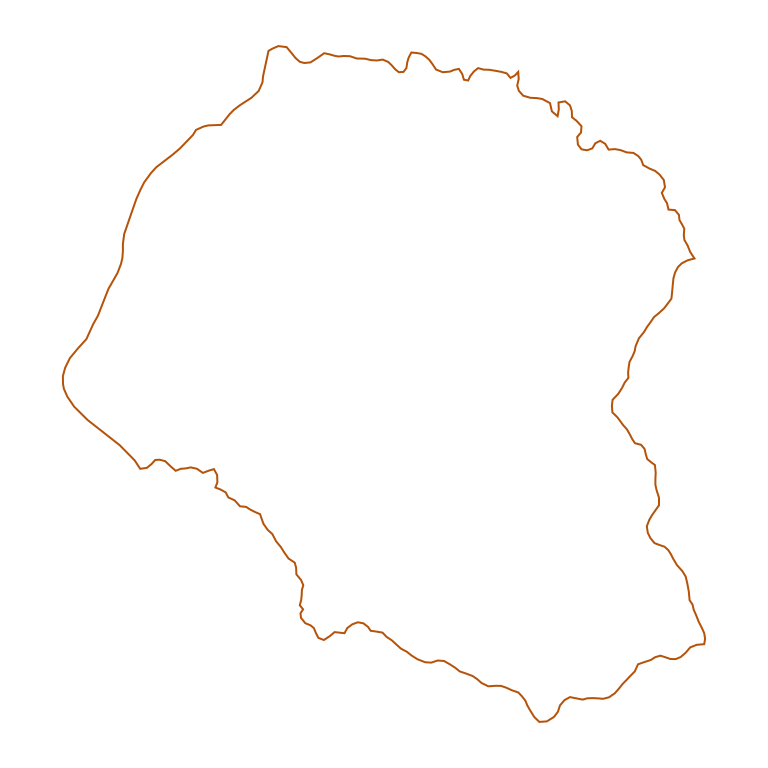 Limeira do Oeste, Minas Gerais, Brazil
{"feature_id": "56859067B41026277317184", "entity_name": "Limeira do Oeste", "entity_type": "district", "adm_level": 2, "iso_a3": "BRA", "parent_name": "Brazil", "parent_adm1": "Minas Gerais", "projection": "mercator", "projection_center": [-50.618, -19.42], "detail": "fine", "context": "isolated", "style": "outline", "palette": "amber", "viewbox_px": 768, "rotation_deg": 0, "n_neighbors": 0, "source": "geoboundaries", "source_scale": "gbopen_adm2", "svg_char_len": 4274}
<svg xmlns="http://www.w3.org/2000/svg" viewBox="0 0 768 768"><path d="M344.5,633.2L347.3,628.0L352.3,624.3L357.8,622.3L363.4,623.3L368.1,627.0L370.7,630.8L375.3,631.4L382.5,632.6L386.6,636.9L391.8,640.3L395.8,644.0L400.9,648.6L406.9,651.8L411.4,655.4L417.4,659.2L425.3,662.3L431.3,662.6L437.7,660.5L444.1,661.0L450.3,664.6L455.4,667.9L459.7,671.4L465.9,673.5L472.6,676.0L477.4,679.3L481.4,682.9L488.3,686.3L496.0,685.8L501.0,685.9L506.3,687.7L511.7,690.2L518.4,692.5L522.2,696.6L525.4,700.7L527.3,705.4L530.1,710.3L534.2,716.9L539.3,721.9L546.8,721.4L554.0,716.9L557.9,711.8L560.0,705.4L564.5,700.1L570.0,697.1L576.5,698.4L582.8,699.6L587.3,698.3L592.8,698.1L598.2,698.4L603.1,698.8L609.0,697.3L614.8,693.3L619.1,688.4L622.4,684.2L626.7,679.8L630.1,676.2L634.8,671.4L638.0,664.3L644.6,662.0L650.8,660.0L655.1,657.2L660.4,655.7L665.2,657.2L670.4,659.0L675.7,659.1L680.7,657.0L685.7,652.7L690.2,647.4L696.7,644.8L704.2,644.2L705.1,638.7L704.2,633.2L702.2,628.6L698.7,621.7L696.0,614.9L693.8,610.0L692.5,604.5L689.6,600.2L688.8,591.6L687.3,583.4L685.7,576.6L682.4,571.2L676.9,565.0L673.1,558.6L670.9,554.2L668.2,550.0L664.5,546.7L659.2,544.9L654.5,543.1L650.4,538.1L647.8,532.8L646.8,526.3L649.3,519.8L651.8,515.5L655.1,510.8L659.0,505.3L659.0,497.7L656.5,489.9L655.4,484.8L655.4,479.2L655.7,472.6L654.9,465.0L650.8,462.0L647.2,459.0L645.8,454.3L644.6,449.0L641.1,444.8L635.0,443.2L632.4,439.4L629.8,434.4L626.9,429.3L623.2,425.2L620.5,421.5L617.4,417.3L612.4,412.4L611.9,405.9L612.6,399.8L618.3,393.8L622.1,387.8L624.8,382.4L628.4,377.9L628.1,373.0L628.6,367.9L629.5,361.9L632.5,356.3L634.6,351.4L635.6,346.2L638.9,338.3L643.9,332.2L647.0,327.0L650.4,322.4L654.0,317.1L659.0,313.0L664.2,308.2L668.3,302.8L671.4,298.7L672.1,292.4L672.8,284.4L673.5,278.0L675.2,272.2L678.1,266.9L681.8,263.3L687.9,260.2L694.5,258.5L690.2,252.0L687.6,245.5L684.4,240.0L683.8,235.3L684.3,228.7L681.8,224.0L679.5,220.1L678.9,214.8L674.9,210.1L668.5,209.6L667.0,203.1L664.4,199.0L661.8,192.9L665.0,187.3L663.8,180.0L659.5,174.5L655.1,170.9L649.2,168.4L643.2,165.1L641.2,159.7L638.2,156.0L633.4,152.9L626.7,152.4L620.5,150.1L614.8,149.1L608.6,149.6L605.2,143.8L600.2,140.8L595.3,143.3L592.3,148.4L587.0,150.3L581.5,149.3L577.9,144.6L577.2,137.0L581.0,132.5L581.5,126.2L576.5,120.8L572.0,117.2L571.8,111.0L570.0,105.4L565.1,101.3L558.5,102.5L558.8,109.4L557.6,116.2L551.9,111.4L550.0,103.1L542.3,99.0L536.9,98.1L530.4,97.8L523.2,95.7L518.9,90.9L517.2,85.6L518.7,79.0L518.2,71.9L514.9,75.5L510.5,77.9L506.8,73.4L501.5,71.9L496.0,70.9L489.5,69.8L483.5,69.6L478.1,68.1L474.0,71.4L470.2,76.0L468.2,80.5L463.9,79.7L462.3,74.2L458.9,68.9L454.4,69.8L449.9,71.6L442.7,72.2L436.0,69.5L432.4,64.0L429.3,59.8L425.5,56.4L421.4,53.8L416.6,53.0L411.4,52.5L408.7,57.5L407.3,62.1L406.4,68.1L403.5,71.9L398.9,72.2L395.4,69.5L391.5,65.1L388.2,61.9L382.7,59.6L376.8,60.5L371.0,60.1L365.0,58.7L356.7,58.5L350.0,56.2L343.7,56.0L338.5,56.5L334.2,55.7L329.4,54.3L324.2,53.2L318.1,57.5L310.5,62.4L304.3,63.0L299.8,61.8L295.5,58.0L291.1,52.5L286.6,47.1L278.3,46.1L272.5,48.6L268.5,50.9L263.0,76.5L262.5,82.3L258.7,90.9L251.4,97.8L240.1,105.1L233.8,109.9L229.6,114.2L221.1,124.9L208.2,125.4L203.4,126.6L196.0,129.9L193.0,134.9L180.0,148.4L172.6,154.7L156.4,167.1L151.1,172.9L144.2,182.3L140.6,189.4L136.5,198.6L133.5,207.1L124.2,234.0L122.9,244.1L122.9,251.0L122.4,258.0L121.0,263.9L117.5,273.0L110.9,284.6L108.6,288.5L105.7,295.8L97.9,315.8L93.2,324.1L86.4,339.1L78.1,348.2L69.9,358.1L65.1,367.9L62.9,376.1L63.0,384.1L63.9,388.8L67.3,396.6L74.2,406.7L87.6,420.0L119.6,445.1L134.6,460.3L140.2,468.8L146.8,467.9L151.6,464.0L155.2,460.0L159.7,459.7L165.2,461.2L170.9,466.6L175.7,470.8L180.8,468.8L185.8,468.4L190.7,467.4L197.0,468.8L202.9,472.9L208.4,470.8L213.9,469.1L217.1,474.9L217.4,482.2L215.4,487.5L220.7,489.6L225.7,492.4L228.3,497.4L234.6,500.3L240.0,506.3L246.2,506.9L250.1,509.5L254.8,511.9L260.1,514.2L261.6,518.7L263.5,523.9L267.7,529.9L272.3,534.0L276.1,541.3L280.9,547.1L284.2,552.4L288.6,558.6L294.7,562.6L296.1,567.6L296.4,574.4L301.0,579.9L303.3,585.2L301.9,590.0L301.7,594.8L301.2,599.9L299.8,605.3L303.1,609.3L300.5,613.3L301.0,617.9L305.3,623.2L310.5,625.3L313.9,628.1L316.1,633.5L318.4,637.9L323.9,640.0L329.7,636.2L334.6,632.1L339.9,632.7L344.5,633.2Z" fill="none" stroke="#b45309" stroke-width="2"/></svg>